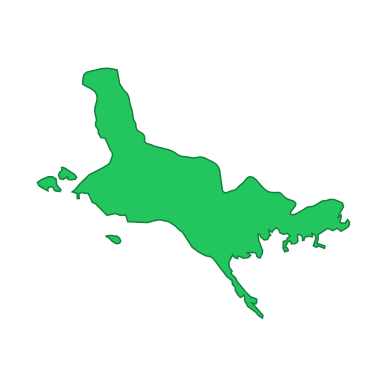 an SVG outline of Ehime, rotated 262°
{"feature_id": "JPN-1832", "entity_name": "Ehime", "entity_type": "Prefecture", "adm_level": 1, "iso_a3": "JPN", "parent_name": "Japan", "parent_adm1": "", "projection": "equal_earth", "projection_center": [132.746, 33.592], "detail": "fine", "context": "isolated", "style": "filled", "palette": "green", "viewbox_px": 384, "rotation_deg": 262, "n_neighbors": 0, "source": "natural_earth", "source_scale": "10m", "svg_char_len": 4254}
<svg xmlns="http://www.w3.org/2000/svg" viewBox="0 0 384 384"><g transform="rotate(262 192 192)"><path d="M159.7,339.4L157.6,340.0L156.2,339.9L149.2,334.5L146.5,333.4L148.6,336.4L145.5,336.0L142.8,334.6L140.8,334.8L139.7,339.3L140.7,339.9L142.1,341.5L143.0,342.3L140.3,343.7L137.5,343.2L135.3,341.1L132.4,334.1L135.9,330.8L134.1,326.1L136.3,322.9L137.1,321.2L133.9,314.6L132.3,310.9L127.3,310.3L123.8,308.5L120.1,316.1L117.7,315.4L120.7,310.2L120.1,307.1L121.9,304.7L129.1,308.3L132.3,307.7L134.2,305.1L130.8,305.1L131.8,301.9L131.9,299.0L130.8,296.9L128.6,296.2L128.6,294.8L132.3,295.0L133.0,294.8L133.7,294.1L134.9,292.5L135.3,291.0L133.6,290.3L128.8,290.1L127.3,288.9L126.4,286.0L126.8,283.3L130.2,282.1L128.7,279.6L126.9,278.3L124.5,276.6L123.2,278.7L120.4,279.2L119.8,275.6L123.9,274.3L128.1,275.3L130.4,275.5L130.6,278.3L133.3,280.4L134.6,283.1L137.8,280.5L137.4,276.7L139.2,273.5L142.8,272.6L144.8,270.6L142.9,267.2L140.9,265.6L143.7,262.9L140.9,262.8L138.2,263.9L137.4,262.0L135.6,261.1L134.4,259.9L134.5,256.8L137.7,254.0L140.6,253.1L141.1,251.6L134.8,251.3L124.0,253.8L120.9,252.8L119.1,251.3L117.2,250.6L118.1,248.1L119.3,247.3L122.0,247.0L123.2,245.8L123.5,244.5L124.1,238.5L121.1,241.3L119.2,238.6L119.3,233.6L122.0,229.6L122.0,228.1L119.8,228.1L120.4,226.4L121.4,225.0L122.6,224.1L124.2,223.6L117.7,218.9L114.7,218.5L111.7,218.7L110.0,219.7L108.1,220.7L105.7,219.3L101.0,223.0L96.9,224.4L90.5,228.2L84.9,231.7L80.0,235.5L78.3,238.8L76.9,241.1L74.2,240.9L72.2,239.6L73.6,236.0L67.6,240.2L59.8,245.1L57.3,244.2L60.4,240.7L64.0,238.4L71.0,231.3L77.7,228.9L80.6,229.8L82.8,228.8L81.2,226.9L80.9,225.2L83.5,223.3L88.2,221.3L91.8,221.5L94.8,219.2L98.7,219.3L103.5,214.7L122.8,204.0L125.4,201.3L126.5,197.8L127.5,195.8L132.2,189.5L133.7,188.2L137.1,184.6L153.5,177.0L156.3,174.0L160.7,170.7L165.7,165.1L169.0,156.2L168.8,149.8L167.9,143.9L169.3,136.0L170.5,130.3L171.5,124.3L178.4,123.1L178.8,117.8L181.3,113.3L180.8,104.6L185.5,101.0L193.4,95.2L195.8,91.8L205.0,89.1L205.6,85.5L206.9,83.5L206.2,79.8L202.9,79.5L201.2,79.4L201.5,77.4L204.4,77.9L206.6,78.0L208.8,73.4L210.7,76.8L211.9,77.7L212.7,79.2L214.3,80.4L223.3,92.5L227.9,105.7L229.4,109.3L230.7,112.5L232.2,114.7L235.7,116.5L238.8,118.2L242.0,118.5L246.3,116.6L252.0,115.1L257.7,113.2L258.5,109.4L263.4,107.4L266.8,107.9L270.5,105.8L273.4,106.0L276.5,107.5L285.4,106.9L289.2,107.7L297.0,111.0L301.0,111.3L304.4,110.1L307.1,107.9L309.2,105.2L311.0,102.5L313.4,99.4L314.1,98.7L319.5,99.9L323.0,101.2L325.3,104.3L326.7,119.3L326.4,125.1L324.7,131.0L323.3,134.9L309.1,135.4L301.8,138.9L298.4,141.6L294.2,142.7L287.5,142.9L280.5,144.0L272.6,144.1L267.3,145.8L264.6,145.6L261.8,145.8L259.9,147.3L256.6,151.3L254.4,152.5L252.1,152.7L249.0,152.1L247.2,153.0L246.0,154.7L245.1,156.9L242.2,162.0L237.2,174.4L235.7,177.2L234.0,179.8L230.5,183.4L229.0,186.1L227.9,189.5L227.3,192.4L225.6,197.6L225.4,200.0L225.6,204.1L225.2,206.3L224.0,209.1L218.7,216.9L216.0,219.9L213.4,221.4L210.2,222.4L189.1,222.3L187.2,223.7L186.4,225.5L187.5,230.4L187.8,233.1L188.3,235.5L189.7,237.6L191.3,239.5L192.5,241.3L193.6,243.4L195.1,245.2L197.0,247.1L198.5,249.1L199.1,251.3L198.2,254.2L195.5,256.9L186.1,263.1L183.2,265.7L181.5,268.0L180.6,270.5L180.0,273.1L179.8,275.5L179.5,277.4L179.0,279.0L177.7,280.2L173.5,283.4L171.6,285.8L168.8,291.4L167.1,292.9L165.1,293.1L163.1,291.7L158.5,286.8L156.2,286.5L155.5,288.3L155.5,290.3L156.1,292.6L159.0,300.0L160.3,302.3L161.1,304.8L160.9,307.4L161.1,309.8L161.8,312.4L164.9,319.5L164.8,323.9L165.5,327.8L165.1,330.0L164.5,332.2L160.2,339.4L159.7,339.4ZM218.0,59.0L212.3,62.5L210.8,61.2L212.1,56.8L213.2,55.8L215.8,55.0L216.6,53.9L216.8,51.7L216.1,50.3L214.8,49.6L213.2,49.5L216.3,45.1L219.7,41.2L223.0,40.3L225.4,45.1L227.1,51.7L226.5,56.0L223.8,59.2L218.0,59.0ZM233.3,66.3L234.2,66.1L234.6,67.0L233.4,69.3L225.5,78.3L222.6,79.8L220.9,78.2L220.9,74.5L221.4,71.6L222.3,70.6L223.3,70.6L224.1,70.8L223.6,69.1L222.4,65.9L223.5,63.1L227.1,62.2L229.7,63.4L230.5,64.9L231.6,66.2L233.3,66.3ZM160.0,100.8L160.4,101.3L160.5,103.6L160.2,106.0L159.9,107.3L159.3,108.3L159.0,109.2L158.9,111.4L156.6,113.7L153.4,114.6L151.5,113.2L151.2,110.3L152.7,107.9L154.4,106.1L155.5,105.1L156.2,104.7L157.3,104.0L159.2,102.0L160.0,100.8Z" fill="#22c55e" stroke="#15803d" stroke-width="1.5"/></g></svg>